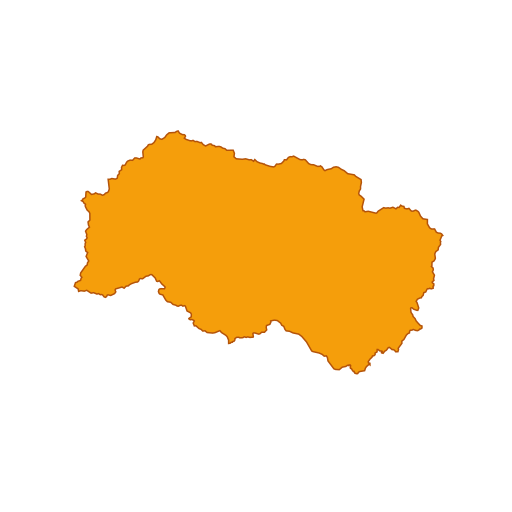 Phato, Chumphon, Thailand (Mercator projection), rotated 63°
{"feature_id": "78962969B64090503691360", "entity_name": "Phato", "entity_type": "district", "adm_level": 2, "iso_a3": "THA", "parent_name": "Thailand", "parent_adm1": "Chumphon", "projection": "mercator", "projection_center": [98.813, 9.803], "detail": "fine", "context": "isolated", "style": "filled", "palette": "amber", "viewbox_px": 512, "rotation_deg": 63, "n_neighbors": 0, "source": "geoboundaries", "source_scale": "gbopen_adm2", "svg_char_len": 6138}
<svg xmlns="http://www.w3.org/2000/svg" viewBox="0 0 512 512"><g transform="rotate(63 256 256)"><path d="M200.5,431.7L204.6,429.4L207.0,430.1L207.4,427.8L209.4,424.9L209.7,422.4L214.2,419.8L215.0,417.3L217.7,415.0L218.0,413.4L219.8,412.3L220.3,410.9L221.2,410.3L223.4,409.9L224.5,408.9L224.3,407.5L223.4,406.5L223.4,405.5L225.2,403.4L225.3,399.1L224.3,397.2L222.3,397.0L221.6,396.0L222.8,389.5L224.8,388.1L223.9,385.5L224.7,383.1L224.2,382.1L224.1,379.5L224.6,375.5L225.4,373.3L225.0,371.9L223.6,370.3L223.5,369.4L224.8,367.4L224.1,363.2L224.8,361.0L224.6,358.6L225.3,357.3L229.8,355.8L233.3,356.0L234.1,355.2L234.2,353.3L238.2,352.6L242.0,351.1L242.9,351.4L243.6,352.5L242.0,355.5L241.6,357.0L241.9,357.8L243.4,359.1L245.5,359.3L246.4,358.9L248.4,356.7L254.3,356.4L256.5,355.7L258.5,353.0L261.5,351.9L263.5,349.7L264.8,349.0L265.5,347.9L265.5,346.1L266.0,344.7L267.5,343.9L267.7,342.4L268.6,341.7L273.7,342.4L276.9,340.1L278.4,340.0L280.8,341.3L281.2,344.2L281.7,344.3L283.0,343.5L283.5,341.9L285.4,340.5L285.9,340.5L287.2,342.4L290.3,342.7L290.9,341.2L294.8,339.7L296.5,338.2L298.7,337.5L299.5,335.4L302.0,334.3L305.0,329.6L305.7,327.4L306.1,322.1L308.5,321.5L312.9,318.9L314.8,318.3L318.5,318.6L321.5,320.1L322.0,318.6L321.6,317.8L322.1,316.3L321.6,315.9L322.0,314.4L321.2,312.9L320.0,312.3L319.7,310.2L320.6,308.2L321.4,307.8L322.1,306.5L322.8,304.8L322.7,303.1L324.1,301.7L324.3,300.1L325.8,298.4L327.0,295.4L326.7,295.0L323.7,294.0L323.4,293.3L324.0,292.0L326.8,289.1L327.1,287.9L326.5,285.5L327.8,283.1L326.7,280.0L324.4,279.4L322.7,278.2L323.2,274.7L321.6,272.7L320.5,272.4L321.5,268.7L323.2,266.3L327.0,264.5L329.3,264.5L331.3,263.2L334.5,263.5L336.4,263.1L338.3,260.3L341.3,258.0L345.0,253.4L348.5,251.7L355.6,250.0L365.9,249.5L367.0,248.7L371.1,243.8L373.7,241.7L376.2,240.7L377.0,238.6L379.0,238.5L382.2,239.5L391.9,237.8L393.2,236.6L395.1,233.4L394.2,229.6L395.2,226.1L394.9,224.2L395.8,223.0L395.3,222.5L395.9,221.5L396.5,221.4L398.3,222.7L399.1,222.8L399.6,222.1L401.9,222.0L403.3,221.6L403.4,221.0L405.4,221.1L406.8,219.5L406.9,218.6L406.1,217.5L406.1,215.8L407.5,211.3L405.6,209.4L404.7,207.8L403.8,204.3L404.7,203.9L403.3,203.2L402.3,204.3L401.1,204.0L399.5,201.0L398.9,198.7L397.9,197.6L398.4,196.4L398.0,194.7L396.5,193.9L396.4,191.7L394.3,190.5L394.7,189.7L396.8,188.8L398.0,186.9L398.8,187.0L398.9,188.0L399.3,188.1L400.4,186.9L399.3,184.6L399.1,182.5L397.7,179.7L398.0,178.6L401.3,177.2L401.5,176.4L402.8,175.4L404.8,175.0L405.7,173.0L404.1,171.5L402.8,171.2L400.0,165.6L398.1,164.8L397.5,162.1L394.7,157.9L394.1,155.9L394.2,154.2L392.8,153.3L392.2,152.3L392.9,150.6L392.8,149.3L394.9,147.4L395.9,145.9L395.9,144.4L395.4,143.4L395.8,142.5L395.5,140.8L393.7,139.9L392.4,141.2L388.9,142.2L386.4,142.8L384.0,142.7L381.2,143.5L379.6,143.1L376.6,143.5L373.0,142.1L372.5,141.3L373.1,140.4L374.9,139.7L377.4,137.4L377.9,136.5L376.2,134.6L370.8,133.7L369.1,133.9L367.8,131.8L367.8,129.2L368.3,127.6L367.4,126.6L367.0,125.0L364.8,123.1L365.1,121.1L363.2,118.7L363.1,117.7L363.7,116.9L363.6,115.8L364.8,114.9L365.2,112.8L363.3,111.9L363.2,111.1L361.6,110.2L360.0,111.0L359.2,110.9L358.5,108.5L357.0,108.2L354.1,105.7L350.2,106.0L348.8,104.3L347.1,103.7L345.0,104.5L344.7,103.8L341.4,102.0L341.2,99.6L340.2,98.0L339.4,97.2L335.3,95.8L333.7,93.8L333.2,90.9L331.1,89.5L329.5,86.3L327.6,85.5L327.0,84.8L325.5,84.9L322.4,81.3L322.5,80.3L320.6,80.6L319.4,81.4L318.2,83.3L316.7,84.5L313.0,84.6L311.6,87.4L309.7,88.5L305.2,88.7L301.3,86.7L298.6,90.4L295.2,91.3L291.0,91.1L289.9,91.4L288.0,92.5L287.5,93.2L287.4,95.5L286.8,96.8L285.9,97.4L283.0,98.1L282.6,100.1L280.9,102.1L279.0,101.7L277.7,103.4L276.4,104.0L277.7,106.4L276.9,107.7L277.5,109.9L274.7,111.9L274.2,115.0L273.1,116.3L272.2,118.8L270.9,120.3L271.5,126.7L272.4,128.7L272.4,129.6L267.1,135.7L266.1,138.8L264.7,139.3L264.2,140.1L260.4,139.1L254.4,133.9L250.5,135.2L248.5,136.3L246.9,136.1L245.0,134.5L243.7,132.4L241.5,131.3L238.3,128.7L235.6,127.7L230.3,131.0L228.3,131.6L224.3,136.9L220.0,138.7L217.4,140.7L214.4,142.3L212.9,144.1L212.1,146.7L212.4,149.3L211.3,153.5L211.3,155.8L210.1,156.4L206.5,156.8L204.9,157.7L205.1,158.3L204.1,160.5L200.9,163.2L199.5,165.6L197.6,167.1L192.7,168.4L191.6,169.6L191.3,171.1L190.1,173.0L184.1,177.1L183.9,178.9L183.0,180.5L182.9,182.4L184.2,185.1L183.1,187.0L184.0,188.1L185.1,191.4L184.3,194.4L183.4,196.0L184.7,198.5L184.7,199.8L182.5,202.8L178.9,206.4L177.7,206.9L177.6,207.6L176.8,208.0L175.0,210.2L172.4,212.3L169.5,213.3L170.5,215.1L168.0,216.5L167.3,218.3L164.7,221.1L163.6,224.3L160.4,229.5L157.6,230.6L154.7,228.6L151.4,228.3L148.5,234.1L146.3,234.9L144.8,236.7L142.9,237.7L141.6,239.1L140.2,242.6L138.9,242.8L137.4,244.8L136.2,244.9L135.6,245.5L135.1,246.8L135.1,251.0L132.7,252.5L130.0,253.1L129.7,254.3L127.1,256.6L126.4,258.4L124.4,259.6L124.2,261.0L123.3,262.5L120.3,265.4L118.5,266.4L117.5,264.6L116.6,264.3L115.4,264.8L114.4,266.5L111.8,268.4L109.2,268.6L108.9,270.4L109.2,272.0L106.8,277.5L107.5,280.6L109.0,283.5L109.3,286.9L107.9,288.5L105.2,289.4L104.5,290.2L106.9,292.5L108.6,295.4L109.1,298.2L108.1,300.5L108.1,301.6L108.9,302.7L110.5,308.5L111.9,309.6L116.5,311.4L117.1,312.2L116.4,314.0L116.9,315.4L114.4,318.0L113.6,319.5L114.7,322.5L113.4,324.7L113.2,327.3L113.7,328.7L115.5,331.2L115.4,332.5L114.6,333.7L116.0,335.6L118.1,336.5L118.5,339.5L120.6,340.4L121.4,342.7L123.7,344.3L123.7,346.3L121.5,349.3L121.3,351.3L120.5,352.9L129.7,356.3L131.6,358.3L132.0,359.4L131.7,361.6L132.4,363.3L132.2,365.2L130.2,366.6L129.2,368.5L126.9,370.3L127.2,371.9L126.5,374.6L122.4,376.2L121.8,377.1L121.8,378.4L126.2,381.0L126.7,382.7L126.4,384.0L127.2,384.9L127.5,386.4L129.0,385.3L130.7,385.3L132.5,384.4L133.7,385.4L134.8,385.6L138.5,385.6L140.7,384.7L142.6,384.7L148.6,387.7L149.4,390.2L152.3,391.2L154.7,391.3L155.6,394.9L156.5,396.6L160.1,397.0L161.5,398.2L163.1,398.2L163.9,399.4L164.2,401.4L166.6,401.6L167.5,402.7L169.3,403.5L169.9,404.5L172.7,404.7L173.0,405.1L174.5,405.4L176.5,404.4L179.3,407.6L184.5,407.3L185.6,409.3L187.3,410.4L187.7,412.7L191.5,419.9L193.4,421.4L195.9,420.8L196.4,421.9L198.1,423.4L197.7,426.2L198.1,427.3L197.8,428.9L200.5,431.7Z" fill="#f59e0b" stroke="#b45309" stroke-width="1.5"/></g></svg>